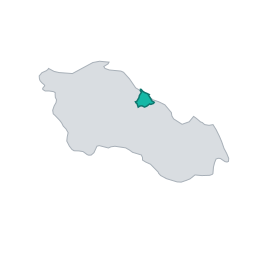 Kavajë, Tiranë, Albania shown in context, rotated 122°
{"feature_id": "67620474B5524789266710", "entity_name": "Kavajë", "entity_type": "district", "adm_level": 2, "iso_a3": "ALB", "parent_name": "Albania", "parent_adm1": "Tiranë", "projection": "natural_earth1", "projection_center": [19.564, 41.139], "detail": "fine", "context": "in_parent", "style": "filled", "palette": "teal", "viewbox_px": 256, "rotation_deg": 122, "n_neighbors": 0, "source": "geoboundaries", "source_scale": "gbopen_adm2", "svg_char_len": 1817}
<svg xmlns="http://www.w3.org/2000/svg" viewBox="0 0 256 256"><g transform="rotate(122 128 128)"><path d="M83.4,78.5L83.6,75.1L84.4,69.7L84.0,67.9L84.5,64.8L82.8,60.7L80.1,57.7L82.7,52.4L86.6,46.1L90.1,41.1L94.4,35.8L97.3,30.8L100.4,26.5L103.1,25.1L104.4,26.0L105.1,27.9L104.9,33.5L105.9,35.5L107.7,36.9L111.6,36.2L115.9,34.8L121.7,31.8L122.7,32.0L124.8,33.6L129.3,40.3L132.3,46.3L138.2,48.4L141.4,50.7L145.7,54.2L147.7,57.8L150.6,68.6L151.0,75.2L150.1,78.2L149.4,79.0L146.8,89.7L147.5,95.1L147.5,98.7L145.3,100.1L143.8,102.4L146.2,111.3L145.9,115.1L146.1,119.5L150.4,129.4L153.0,132.5L155.3,134.0L158.2,143.1L159.9,144.7L167.0,143.8L170.5,144.9L171.9,147.0L172.2,148.5L171.8,153.6L173.5,157.6L175.9,161.7L175.9,164.2L174.4,168.2L171.5,173.0L167.8,174.8L163.7,176.3L161.7,180.0L160.7,183.9L158.9,186.9L157.7,190.0L156.0,196.6L155.6,198.9L152.8,201.3L148.4,202.3L144.5,202.5L141.9,203.6L140.6,205.8L138.1,207.6L136.6,208.4L136.6,210.4L138.4,214.5L140.5,217.9L140.5,220.6L139.5,221.4L136.3,221.0L135.7,222.0L135.3,225.0L134.5,227.6L133.2,229.2L130.9,230.9L126.7,230.3L122.8,227.7L120.7,226.9L119.6,227.0L119.2,220.7L117.5,215.8L111.3,204.0L91.1,192.5L86.4,187.4L84.3,183.1L82.2,179.0L84.2,178.9L86.2,179.9L88.7,181.1L89.7,179.1L88.7,174.6L83.5,164.2L83.1,161.3L85.6,152.6L89.9,142.8L89.6,130.9L90.9,122.0L89.5,116.1L88.8,109.0L91.9,99.5L94.5,97.2L96.1,94.2L96.2,84.1L90.3,79.4L83.4,78.5Z" fill="#d9dde1" stroke="#a8b0b8" stroke-width="1"/><path d="M95.9,121.2L93.6,119.4L92.3,119.4L92.4,121.9L89.1,128.2L88.4,127.9L88.6,130.0L89.1,132.7L89.0,135.2L88.3,137.2L88.6,137.9L89.9,137.3L90.5,135.6L94.5,135.5L96.5,134.8L100.9,134.7L101.8,135.6L102.4,134.7L102.6,133.2L104.9,130.4L103.0,129.5L101.7,127.8L101.6,126.1L101.5,125.1L99.6,123.7L96.1,122.4L95.9,121.2Z" fill="#14b8a6" stroke="#0f766e" stroke-width="1.5"/></g></svg>